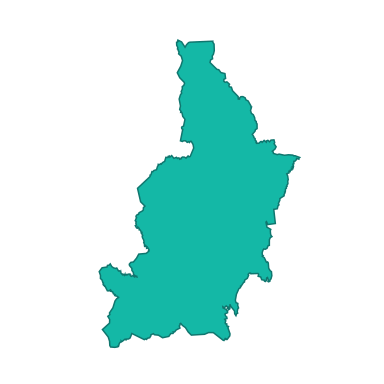 Karaga, Northern, Ghana, rotated 170°
{"feature_id": "2480657B76285553918092", "entity_name": "Karaga", "entity_type": "district", "adm_level": 2, "iso_a3": "GHA", "parent_name": "Ghana", "parent_adm1": "Northern", "projection": "natural_earth1", "projection_center": [-0.451, 9.918], "detail": "fine", "context": "isolated", "style": "filled", "palette": "teal", "viewbox_px": 384, "rotation_deg": 170, "n_neighbors": 0, "source": "geoboundaries", "source_scale": "gbopen_adm2", "svg_char_len": 6002}
<svg xmlns="http://www.w3.org/2000/svg" viewBox="0 0 384 384"><g transform="rotate(170 192 192)"><path d="M178.9,343.6L179.2,343.1L179.6,343.8L180.6,342.0L181.2,342.0L181.6,339.2L180.9,336.6L181.5,335.4L180.9,334.8L181.0,333.5L180.4,332.3L181.2,330.4L179.0,327.6L178.5,323.0L181.2,317.9L185.8,312.0L184.2,306.6L180.6,301.3L180.5,300.2L181.6,298.4L183.3,297.5L183.7,295.0L185.2,292.8L185.0,291.2L186.5,289.7L188.5,285.8L188.4,278.7L189.8,275.4L188.9,273.5L189.3,272.4L188.5,272.4L188.1,271.3L188.0,268.1L186.3,264.8L188.9,258.3L190.5,258.0L191.1,257.1L191.0,256.0L190.2,255.4L194.5,244.4L192.7,243.4L191.4,243.9L189.4,243.5L188.1,241.7L186.4,242.2L186.0,241.2L184.5,242.2L183.9,242.0L182.7,238.5L182.7,235.0L187.6,227.3L188.9,227.2L189.6,228.2L192.0,226.4L193.3,227.6L195.2,228.1L196.5,227.6L196.7,226.7L198.5,226.4L198.4,227.4L199.7,228.0L200.6,227.6L201.3,228.9L204.0,228.3L205.7,231.4L207.4,230.4L207.9,231.2L208.6,230.3L209.2,231.2L210.0,230.2L211.7,230.7L213.6,226.9L215.9,226.1L217.4,224.8L217.8,225.3L218.9,224.7L220.5,225.1L220.6,224.0L221.4,223.4L223.1,220.1L225.7,219.8L227.0,218.8L227.9,219.1L229.4,216.1L230.4,215.9L230.6,214.5L245.0,205.1L244.3,191.3L240.8,186.3L242.6,185.0L243.1,182.8L244.0,182.0L247.7,180.8L248.6,179.2L249.7,179.3L251.0,178.4L251.5,177.3L251.0,176.5L252.9,173.6L252.1,172.4L252.7,171.1L252.5,169.2L253.7,168.7L252.8,166.2L251.9,165.8L251.4,166.9L251.1,166.5L250.3,165.0L250.6,164.0L249.8,163.8L249.1,162.2L249.1,160.6L248.4,160.7L248.7,159.7L248.1,157.7L248.7,157.2L248.7,155.7L247.9,153.0L247.9,150.9L248.3,150.7L247.8,147.8L247.4,147.6L248.1,147.4L248.1,146.6L245.8,145.9L246.4,144.4L245.1,144.5L244.3,142.3L245.1,141.6L244.9,141.1L247.8,139.5L255.2,140.1L258.1,136.5L261.8,133.3L264.5,133.3L266.3,131.8L266.3,130.4L264.5,127.2L264.8,125.2L263.7,122.8L263.9,121.0L261.8,118.7L261.1,118.7L261.0,117.9L263.0,118.9L263.5,118.4L264.7,119.9L266.4,119.4L266.9,119.9L266.8,121.0L267.8,121.3L267.5,122.0L269.3,122.2L270.3,121.6L271.0,122.2L271.4,121.7L272.3,122.0L272.3,122.6L272.9,121.7L273.3,122.4L274.3,122.3L274.4,123.2L275.0,122.9L276.0,124.4L276.0,126.4L276.4,126.0L277.2,127.0L278.1,127.0L279.3,130.2L280.5,130.0L282.4,130.9L284.0,132.5L285.0,135.4L286.4,134.3L288.0,134.4L288.7,132.9L293.7,133.0L297.2,129.7L296.6,125.8L297.2,122.7L295.9,121.0L295.5,118.2L295.0,117.7L295.6,116.7L295.3,115.6L294.3,115.1L294.5,114.3L293.9,113.9L292.5,109.4L290.7,109.0L289.4,109.9L288.8,109.1L289.2,108.3L287.5,107.5L287.1,105.4L285.5,104.3L286.1,103.7L285.7,103.1L284.0,102.5L283.2,101.4L283.0,101.9L283.1,101.1L282.0,101.1L284.7,100.0L286.7,98.1L290.0,91.7L294.3,87.2L294.2,85.5L296.5,84.2L295.2,80.7L296.0,77.2L304.1,72.1L299.7,63.8L299.1,59.4L299.6,55.2L299.1,53.5L295.0,52.4L292.0,52.4L291.5,53.2L291.1,52.9L289.9,55.5L288.8,56.5L287.7,56.6L287.6,57.4L287.3,56.9L286.6,57.0L283.5,58.7L282.7,57.8L282.2,58.5L280.0,58.3L278.3,59.0L275.8,63.1L264.6,54.9L263.3,55.4L262.3,54.7L261.4,55.7L259.0,55.8L257.5,57.5L257.3,58.5L254.6,59.2L253.9,58.0L249.9,56.8L246.3,53.6L239.9,53.8L237.5,56.3L235.3,56.0L234.3,57.0L234.6,57.4L233.3,57.3L231.5,58.9L227.5,60.1L227.8,62.3L227.0,63.0L226.8,64.2L225.9,64.6L224.6,62.3L222.0,59.6L220.0,54.7L217.5,51.2L204.3,49.7L200.1,50.7L195.4,49.8L187.1,40.6L186.3,40.2L184.7,42.0L184.0,41.6L184.1,40.9L183.0,40.7L179.8,43.7L179.2,45.7L180.2,52.1L179.4,53.2L180.9,54.0L180.7,56.1L181.7,56.3L182.1,57.3L181.1,59.3L181.9,61.0L179.5,61.3L179.5,62.9L180.1,63.2L180.8,65.6L180.4,66.4L178.0,66.9L177.7,67.9L179.0,70.6L181.5,72.4L181.5,73.6L180.2,72.4L178.1,73.9L176.9,72.6L177.3,71.5L176.3,72.0L176.7,69.6L175.0,70.4L174.2,74.9L173.6,72.6L170.8,67.5L171.1,64.7L170.2,62.6L169.1,64.5L168.1,64.7L168.2,66.5L167.1,69.2L166.3,69.7L166.7,72.2L166.2,74.3L167.9,75.4L168.1,77.9L166.0,83.6L162.6,88.7L160.9,89.4L160.5,90.9L160.0,90.7L156.7,94.2L156.0,94.2L155.4,96.1L152.5,97.4L150.7,100.2L151.0,101.2L149.6,102.2L148.4,101.9L148.3,101.3L141.1,100.3L140.7,99.5L141.5,97.5L139.1,96.4L138.6,93.5L136.0,92.5L136.1,91.7L135.4,91.1L134.3,91.7L133.4,94.4L132.5,94.7L132.1,91.9L132.8,91.0L132.4,90.3L130.9,90.5L130.3,92.0L129.3,92.7L127.9,95.7L127.6,99.8L128.6,100.8L129.7,103.5L129.2,108.9L129.7,110.0L130.6,109.7L131.0,110.3L132.2,114.7L133.9,116.5L133.0,117.0L133.6,117.7L133.5,119.8L132.4,122.1L131.3,123.4L129.7,122.9L127.9,123.5L126.3,126.0L125.1,126.0L124.1,131.5L122.8,133.5L121.0,134.2L121.8,135.6L121.9,137.3L121.6,140.3L120.9,141.5L124.3,144.3L124.4,149.5L123.8,149.9L123.0,146.8L115.4,146.5L114.5,160.7L110.9,160.7L109.7,163.5L108.6,164.2L108.9,165.7L106.9,168.7L106.6,170.3L101.9,172.3L102.0,173.2L100.7,174.9L100.8,175.8L100.1,175.9L99.4,178.8L98.4,179.3L98.2,180.8L97.4,181.1L97.4,182.1L96.1,183.5L95.8,186.4L95.1,187.3L95.0,191.2L95.5,193.5L93.1,194.0L92.9,195.5L91.8,195.1L91.6,196.3L90.1,196.4L90.0,197.2L89.6,196.8L89.1,197.7L88.7,197.4L87.8,199.1L88.9,199.4L87.6,200.2L87.8,201.9L86.8,202.1L86.4,204.5L85.2,204.5L83.6,205.7L83.2,206.9L81.1,205.8L80.9,206.6L79.9,207.3L84.2,209.8L85.6,210.0L86.2,210.8L90.5,211.9L94.5,212.1L99.6,214.2L101.6,214.0L105.1,215.9L105.1,217.3L105.8,218.2L102.9,219.8L101.3,221.9L102.8,225.3L102.0,226.2L102.2,229.1L105.2,229.4L106.9,228.0L108.3,229.7L109.7,229.4L110.2,228.2L112.0,230.3L114.3,228.7L114.7,229.6L115.7,229.7L117.6,228.4L120.0,228.7L120.3,229.8L119.8,229.9L120.0,231.1L120.8,232.1L120.6,233.7L121.7,234.9L121.5,235.7L122.6,238.3L119.4,240.9L118.7,242.4L116.9,243.1L116.1,247.8L116.6,248.5L116.5,250.3L117.5,251.6L117.4,254.3L118.2,257.4L119.9,259.2L120.2,262.1L118.6,265.4L119.2,265.6L119.0,266.5L120.9,271.9L122.9,273.4L123.3,275.5L125.3,277.1L127.3,277.4L128.7,276.4L129.1,275.2L130.3,275.5L130.0,278.0L134.5,284.7L135.0,288.4L137.0,289.1L137.2,290.5L136.3,291.6L138.5,294.4L140.3,294.3L141.4,295.4L141.1,297.4L139.2,298.0L139.0,302.9L142.8,304.6L144.4,307.8L146.2,308.5L151.8,316.4L150.7,318.9L148.6,319.6L148.5,322.3L146.9,324.1L145.5,327.4L144.6,333.8L145.5,335.9L145.3,336.9L168.1,339.9L169.5,339.7L171.8,338.0L173.7,335.8L176.2,341.6L178.9,343.6Z" fill="#14b8a6" stroke="#0f766e" stroke-width="1.5"/></g></svg>